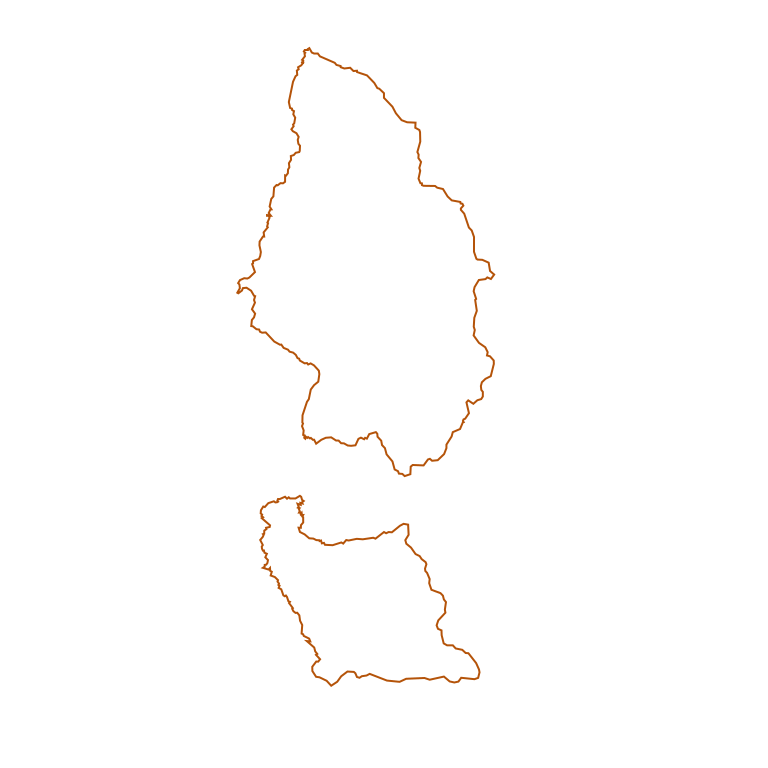 Luwu, Sulawesi Selatan, Indonesia (orthographic projection), rotated 195°
{"feature_id": "22746128B94521952332625", "entity_name": "Luwu", "entity_type": "district", "adm_level": 2, "iso_a3": "IDN", "parent_name": "Indonesia", "parent_adm1": "Sulawesi Selatan", "projection": "orthographic", "projection_center": [120.247, -3.167], "detail": "fine", "context": "isolated", "style": "outline", "palette": "amber", "viewbox_px": 768, "rotation_deg": 195, "n_neighbors": 0, "source": "geoboundaries", "source_scale": "gbopen_adm2", "svg_char_len": 6137}
<svg xmlns="http://www.w3.org/2000/svg" viewBox="0 0 768 768"><g transform="rotate(195 384 384)"><path d="M353.5,576.8L354.9,578.4L356.7,578.2L357.4,579.6L366.1,578.9L371.1,581.6L377.5,587.6L383.4,587.4L385.9,588.5L397.0,585.7L398.8,585.9L399.3,587.6L400.8,587.4L403.8,591.3L404.2,599.3L405.8,601.8L405.7,608.1L409.3,611.2L409.9,614.5L411.8,616.7L411.7,627.5L414.4,636.7L415.6,638.5L420.1,639.6L421.2,644.6L429.4,642.8L435.3,643.4L442.6,648.6L447.6,654.0L458.1,660.4L459.3,664.9L465.0,668.0L467.0,668.1L471.3,672.3L480.3,677.7L490.7,678.3L491.2,679.6L494.5,678.4L498.5,680.7L504.0,678.5L507.8,678.8L508.2,679.9L512.5,679.9L514.7,681.5L530.7,683.9L533.5,686.1L537.0,685.1L539.5,685.5L543.1,689.1L544.3,687.8L544.0,686.9L547.0,686.1L547.5,684.4L545.8,683.5L546.3,682.7L545.2,680.1L547.0,675.9L545.7,675.5L545.3,673.4L547.4,673.5L545.3,673.2L546.4,670.4L549.0,667.7L547.9,665.9L549.3,664.2L547.8,660.1L549.1,658.4L550.1,652.4L548.9,631.7L546.1,626.3L544.2,626.2L543.6,624.8L541.6,624.3L541.4,621.0L538.7,618.3L538.2,612.6L539.0,611.0L538.0,609.6L539.4,606.1L537.5,604.6L533.5,603.6L530.4,600.6L530.5,597.5L528.9,593.9L526.8,592.4L525.7,587.3L525.9,586.1L529.1,584.5L530.4,581.8L533.0,580.1L531.8,576.5L533.0,572.7L531.5,568.8L532.2,566.3L531.4,562.7L532.6,559.8L533.5,559.9L531.9,553.7L533.5,551.7L536.0,551.2L538.1,548.4L539.3,548.4L541.0,545.3L539.4,536.6L540.8,533.6L540.4,525.8L537.9,523.5L538.9,523.1L539.6,519.3L537.0,517.4L540.7,516.9L540.5,516.2L536.5,517.3L538.4,516.0L537.6,514.9L538.4,509.7L537.6,509.3L537.7,506.0L536.8,505.3L539.5,499.3L537.9,495.4L539.1,495.1L541.0,489.4L540.2,485.7L537.1,479.6L536.7,475.6L537.1,472.4L542.3,468.8L541.7,466.7L542.4,465.7L537.6,458.7L541.6,452.0L543.3,450.5L546.4,450.0L550.0,447.1L551.0,443.7L549.4,442.7L548.0,439.2L549.3,434.2L548.2,433.9L545.4,437.5L545.1,440.1L541.7,441.4L536.5,439.7L532.4,435.6L531.2,435.5L531.3,431.5L529.7,429.2L530.9,422.0L526.7,418.6L526.8,414.7L528.2,411.6L527.2,405.6L525.7,405.8L521.4,403.9L518.7,404.3L517.3,402.4L515.0,402.0L511.6,403.2L501.0,396.6L494.6,395.0L493.4,395.5L490.3,392.9L485.6,392.3L483.6,390.8L479.9,390.8L476.7,389.3L474.2,386.6L472.5,386.5L471.4,384.9L466.0,383.4L463.8,384.3L462.3,383.2L460.2,384.9L456.5,383.9L450.4,380.0L449.0,376.8L448.1,369.2L451.2,364.9L453.3,359.7L452.7,349.9L453.8,346.8L454.6,332.7L452.9,325.7L452.0,324.9L452.3,322.1L449.6,318.4L448.9,313.9L447.4,313.8L447.1,311.4L445.9,310.8L445.7,312.8L444.2,312.1L443.6,313.1L441.5,312.3L440.7,313.0L438.3,311.7L437.1,312.1L434.1,308.8L430.1,313.9L426.3,317.0L421.2,318.8L415.7,317.0L413.2,317.6L410.1,315.7L407.3,316.3L403.1,315.2L399.7,315.8L395.7,317.4L394.5,324.4L392.4,326.2L388.9,325.5L388.3,327.1L386.4,326.8L385.3,331.8L379.4,335.4L377.6,334.2L376.6,331.4L372.0,328.5L370.1,324.5L366.5,322.3L363.3,316.7L355.8,311.4L351.6,304.2L347.9,303.4L346.4,301.3L343.0,301.9L340.2,300.4L335.2,303.7L336.8,311.1L335.3,313.2L324.7,315.6L322.0,322.5L320.3,323.6L317.7,322.3L312.4,324.3L307.8,331.9L307.1,338.2L308.0,341.6L305.1,350.8L305.1,355.3L298.9,360.2L297.9,367.4L297.2,367.8L298.2,368.8L298.0,370.4L296.6,371.5L294.4,377.8L299.6,387.6L298.4,390.0L292.6,388.0L289.6,392.5L286.2,394.6L285.3,397.5L286.5,402.0L288.5,403.5L289.9,407.1L289.9,411.0L287.3,415.3L282.9,419.2L283.1,431.8L284.1,435.1L288.8,438.2L291.9,438.2L292.1,441.6L295.7,445.7L302.9,448.3L310.0,454.1L310.3,459.7L312.1,462.5L313.9,471.3L313.3,478.7L317.7,488.8L317.0,490.0L321.4,496.8L321.6,501.0L319.3,509.0L313.1,511.6L311.8,513.7L307.9,513.1L305.9,518.2L310.8,520.6L314.3,528.3L321.2,529.4L325.9,528.4L327.2,528.9L331.3,535.0L335.1,549.3L339.0,555.0L342.5,557.1L350.6,569.3L354.8,572.1L355.2,573.5L353.5,576.8ZM434.8,253.6L436.3,254.2L439.9,250.5L445.1,249.1L446.7,249.9L448.0,248.1L450.4,249.5L455.0,245.8L456.6,245.5L456.8,243.8L455.8,243.0L456.7,242.1L458.3,241.5L460.0,242.2L464.9,239.0L467.3,234.3L468.9,234.4L470.2,230.2L469.6,227.1L467.9,226.3L468.2,224.8L466.3,224.0L467.4,222.8L457.5,218.0L457.4,216.3L460.7,214.6L460.0,213.4L461.7,211.4L461.0,208.5L462.0,207.7L461.2,207.2L461.5,205.0L463.2,201.3L459.4,197.1L460.0,195.3L459.2,193.3L457.8,191.7L456.9,192.1L455.8,190.1L453.2,189.7L453.8,185.9L450.5,183.9L450.3,180.9L451.0,179.0L452.4,178.4L452.0,176.7L453.4,175.1L447.5,174.9L446.5,176.8L445.6,174.1L443.8,173.6L443.9,169.7L439.5,169.3L435.6,167.1L435.7,165.6L433.8,164.1L434.0,162.6L432.7,162.2L433.0,159.8L430.1,159.1L426.5,153.8L424.9,153.3L424.0,154.3L422.6,153.2L420.1,149.4L418.5,149.2L419.0,147.8L414.0,143.9L414.5,143.1L412.7,141.1L410.2,140.0L408.6,140.6L405.9,138.6L403.8,133.6L400.6,130.0L399.0,121.6L397.3,121.3L396.3,119.9L390.4,118.7L388.6,116.3L392.0,115.7L383.2,111.4L381.2,107.9L378.6,106.0L379.6,104.8L374.5,101.6L375.7,98.8L377.6,98.4L380.1,92.3L378.9,88.2L373.8,83.6L370.4,84.0L362.6,82.5L356.9,78.9L352.1,84.3L349.7,90.6L344.9,96.8L338.6,98.1L336.8,97.2L334.3,94.0L331.6,93.9L329.8,96.0L325.4,97.9L322.8,100.3L304.4,98.3L293.4,100.1L291.8,100.4L286.3,105.0L268.8,110.5L263.3,110.2L250.4,116.9L243.6,113.7L238.8,113.9L235.1,115.8L233.4,120.2L220.2,122.3L217.0,124.5L217.1,130.2L218.4,132.9L222.8,138.3L232.8,145.8L235.5,145.3L239.6,147.5L246.3,147.1L249.9,149.4L255.4,147.9L259.2,148.9L263.3,156.3L264.7,160.9L268.5,161.5L270.7,164.5L270.4,169.7L265.5,179.0L266.8,181.8L267.7,189.4L270.4,191.4L272.3,194.8L275.3,196.6L284.9,197.5L288.8,203.3L289.4,207.4L293.5,212.7L295.7,214.1L296.6,216.3L296.4,220.9L297.7,222.7L302.3,224.6L305.0,227.0L309.5,227.9L315.6,233.0L321.1,235.5L323.0,238.7L321.2,244.7L324.3,254.4L328.9,254.0L331.9,251.2L338.0,242.8L341.2,242.2L343.3,240.4L345.7,241.0L352.2,232.4L354.6,232.7L364.3,228.5L370.2,227.4L377.6,223.7L380.1,223.5L382.1,219.3L384.2,219.9L391.9,215.0L399.4,213.4L400.9,215.0L402.8,214.0L404.3,216.5L405.6,215.6L406.1,216.3L409.0,215.7L412.2,216.4L416.3,215.6L421.7,218.2L426.9,219.3L429.3,223.1L427.1,223.6L427.7,226.1L426.2,229.3L427.6,234.4L428.6,234.8L428.2,236.5L429.3,236.1L430.2,238.2L430.8,236.8L431.5,238.2L432.8,237.8L432.5,239.4L434.0,241.4L433.5,242.2L435.1,242.3L434.6,243.3L436.5,245.9L433.2,245.7L434.0,247.5L431.8,247.5L432.6,248.5L431.3,250.2L433.1,250.8L434.8,253.6Z" fill="none" stroke="#b45309" stroke-width="2"/></g></svg>